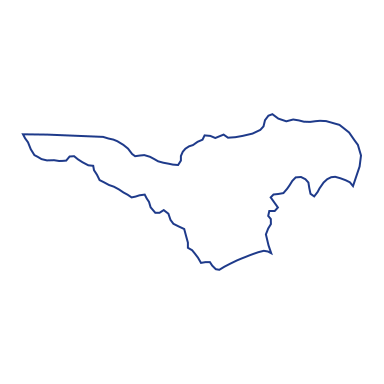 outline of Nossa Senhora do Socorro, Sergipe, Brazil
{"feature_id": "56859067B36001575817528", "entity_name": "Nossa Senhora do Socorro", "entity_type": "district", "adm_level": 2, "iso_a3": "BRA", "parent_name": "Brazil", "parent_adm1": "Sergipe", "projection": "natural_earth1", "projection_center": [-37.154, -10.873], "detail": "fine", "context": "isolated", "style": "outline", "palette": "blue", "viewbox_px": 384, "rotation_deg": 0, "n_neighbors": 0, "source": "geoboundaries", "source_scale": "gbopen_adm2", "svg_char_len": 1977}
<svg xmlns="http://www.w3.org/2000/svg" viewBox="0 0 384 384"><path d="M353.0,186.1L359.6,166.5L361.0,155.5L357.9,144.9L354.5,140.3L349.1,132.5L343.1,127.7L339.5,124.9L326.1,121.1L320.0,120.8L315.4,121.2L310.2,121.9L303.9,121.7L298.8,120.4L293.2,119.5L286.3,121.3L278.3,118.6L272.4,114.2L268.4,115.7L265.0,120.2L263.5,126.4L260.3,129.9L252.5,133.6L242.6,135.9L235.3,137.2L228.0,137.7L223.6,134.6L218.7,136.6L215.3,138.0L210.3,135.9L204.6,135.4L202.5,139.7L197.6,141.8L192.9,145.1L189.1,146.3L185.4,148.7L182.8,151.7L180.9,156.0L180.9,160.6L178.1,165.0L172.9,164.6L168.6,163.7L163.2,162.7L158.1,161.3L154.3,159.1L150.0,156.8L144.3,155.1L140.1,155.5L135.1,156.2L132.1,154.0L128.0,148.6L123.4,144.9L117.3,141.2L113.4,139.6L108.4,138.5L103.1,136.9L47.3,134.6L23.0,134.3L25.1,138.3L28.0,142.3L30.8,149.3L34.4,155.1L37.8,156.9L41.5,159.1L46.9,160.4L54.1,160.2L59.1,161.0L62.5,160.9L66.2,160.6L69.6,156.5L74.1,156.2L77.9,159.3L82.4,162.2L88.3,165.3L93.2,165.8L94.0,170.2L97.0,174.8L99.6,180.1L104.0,182.3L109.0,185.0L113.9,186.7L118.9,189.4L123.5,192.5L127.6,194.7L131.6,197.4L135.5,196.6L139.5,195.3L144.7,194.6L146.8,198.6L149.0,201.9L150.6,207.3L155.3,212.8L159.5,212.8L163.7,210.1L168.4,213.7L170.5,219.9L173.4,223.8L178.8,226.5L184.2,229.0L186.1,236.1L187.9,242.6L187.9,247.8L192.1,250.2L194.8,253.5L198.0,257.7L201.0,262.9L205.6,262.1L209.9,262.1L212.2,265.6L215.8,269.2L219.3,269.8L224.4,266.7L230.4,263.6L237.0,260.4L241.8,258.4L245.4,257.0L249.6,255.3L253.4,253.9L258.3,252.2L263.8,250.8L267.9,251.5L271.2,253.2L268.5,245.3L265.9,234.4L268.2,228.5L270.9,224.1L270.8,219.0L268.2,215.9L269.3,211.0L274.7,211.0L277.9,207.5L273.9,201.9L270.7,197.4L273.5,194.5L278.2,194.0L283.4,193.1L287.2,188.7L289.5,185.4L292.3,180.9L295.7,177.4L301.0,177.0L305.4,179.2L308.4,182.5L309.3,188.1L310.5,193.8L314.2,196.4L317.6,192.0L319.5,188.4L323.6,182.5L327.2,179.2L331.2,177.2L335.2,176.8L340.5,178.3L345.6,180.2L349.9,182.3L353.0,186.1Z" fill="none" stroke="#1e3a8a" stroke-width="2"/></svg>